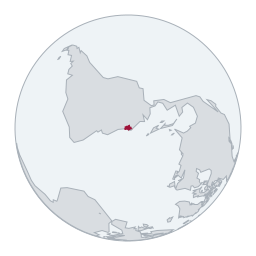 Delta Amacuro highlighted on a globe, orthographic projection, rotated 137°
{"feature_id": "VEN-65", "entity_name": "Delta Amacuro", "entity_type": "State", "adm_level": 1, "iso_a3": "VEN", "parent_name": "Venezuela", "parent_adm1": "", "projection": "orthographic", "projection_center": [-61.33, 8.902], "detail": "fine", "context": "on_globe", "style": "filled", "palette": "rose", "viewbox_px": 256, "rotation_deg": 137, "n_neighbors": 0, "source": "natural_earth", "source_scale": "10m", "svg_char_len": 10051}
<svg xmlns="http://www.w3.org/2000/svg" viewBox="0 0 256 256"><g transform="rotate(137 128 128)"><circle cx="128" cy="128" r="113" fill="#eef3f6" stroke="#a8b0b8"/><path d="M64.6,34.9L68.0,33.0L70.1,31.8L70.4,31.3L72.7,29.9L74.2,29.1L76.9,27.6L78.9,26.9L80.7,26.1L80.8,25.8L83.6,24.5L83.1,25.0L88.0,22.9L92.1,22.0L88.8,25.8L93.4,25.4L96.0,29.8L98.1,28.7L100.4,30.1L103.6,29.5L103.2,30.9L106.1,29.3L105.9,28.2L107.1,27.3L109.0,26.9L108.8,28.4L107.8,28.8L108.7,29.1L107.8,30.1L109.3,29.4L108.9,31.5L112.1,29.0L114.1,30.3L113.0,31.8L109.5,32.2L98.2,37.9L96.1,40.2L96.5,42.7L105.0,46.0L104.1,48.5L105.5,51.6L107.7,49.8L107.3,46.8L111.7,44.4L110.8,41.4L112.4,40.2L112.9,37.2L116.7,37.2L120.2,39.0L120.0,41.6L121.5,42.5L124.8,39.9L127.5,45.0L134.5,49.2L134.8,50.8L129.6,53.6L121.6,53.6L114.9,58.6L123.2,55.1L123.7,59.7L125.5,60.5L127.7,60.2L129.1,58.5L130.1,60.2L122.3,63.9L121.2,62.4L123.7,61.2L120.0,61.4L114.7,64.5L115.4,66.9L106.7,70.3L107.1,72.1L105.4,74.1L105.4,70.8L105.2,77.0L95.1,83.9L94.7,95.5L90.8,86.4L86.8,85.3L81.9,85.4L81.7,87.2L75.4,85.6L69.2,89.3L66.0,98.5L67.5,105.7L74.6,106.3L77.1,102.4L82.5,101.7L77.8,112.4L87.2,114.3L85.7,122.4L88.4,126.7L93.2,125.7L98.2,127.9L102.1,123.2L108.1,120.8L108.0,127.4L111.5,121.4L114.8,124.6L126.9,124.4L126.0,125.9L136.2,133.7L147.5,137.0L150.2,141.7L148.8,144.7L152.8,145.5L152.8,147.4L169.0,149.8L177.3,154.2L177.1,160.8L170.3,168.8L164.4,184.7L152.2,190.2L149.3,196.3L140.2,205.1L132.7,204.5L135.1,208.7L131.2,211.2L126.5,211.3L125.9,214.2L122.4,214.2L124.9,216.1L119.8,219.6L121.9,222.5L118.3,225.1L119.8,226.7L118.3,226.6L116.8,227.1L116.8,228.0L111.8,226.4L109.7,222.7L111.0,220.9L108.9,220.5L111.6,215.6L109.5,216.6L108.9,208.8L111.3,202.1L111.7,181.8L109.1,177.6L100.4,172.5L89.8,156.2L92.4,149.7L90.2,146.5L97.4,137.3L95.7,128.4L93.2,127.1L90.6,130.3L82.3,124.4L79.7,117.6L56.2,105.3L54.2,101.8L54.9,96.3L51.1,78.2L50.9,94.9L48.7,91.4L47.6,85.4L49.2,84.0L49.8,75.5L48.3,72.1L51.4,62.0L60.9,50.3L60.8,52.2L63.1,49.5L63.3,47.1L63.0,46.2L71.2,36.2L73.3,31.4L70.3,32.4L73.9,30.5L65.5,34.5L64.4,35.1L64.6,34.9ZM93.8,99.5L104.5,105.4L98.0,105.9L99.3,104.9L96.7,102.5L91.7,100.2L86.1,101.3L93.8,99.5ZM99.4,93.2L97.5,92.7L99.4,92.7L99.4,93.2ZM62.4,46.1L63.1,47.2L62.0,50.0L61.2,49.2L62.4,46.1ZM64.8,41.3L65.8,41.3L63.2,43.8L63.4,43.0L64.8,41.3ZM67.5,33.6L67.6,33.9L66.7,34.1L67.5,33.6ZM74.2,29.0L73.9,29.2L73.2,29.6L74.0,29.2L74.2,29.0ZM110.8,37.5L111.8,37.3L111.2,37.9L110.8,37.5ZM110.0,36.4L108.5,37.2L107.9,36.8L108.9,36.3L110.0,36.4ZM80.2,26.0L79.7,26.2L79.5,26.4L80.2,26.0ZM112.0,35.5L107.1,36.0L106.1,35.4L108.8,33.1L112.0,35.5ZM85.5,23.7L84.5,24.1L84.4,24.1L85.5,23.7ZM105.0,28.1L105.4,29.2L103.3,28.6L105.0,28.1ZM103.4,28.0L95.5,28.4L96.0,26.8L98.6,26.9L97.8,25.3L101.9,24.4L103.2,25.0L102.1,26.1L104.6,24.9L103.4,28.0ZM96.4,19.9L95.6,20.1L95.3,20.2L96.4,19.9ZM107.5,26.8L105.8,26.9L106.1,25.6L109.5,25.1L108.3,25.7L107.5,26.8ZM95.5,25.5L96.3,24.6L99.9,23.5L100.7,23.0L102.0,24.2L95.5,25.5ZM109.2,25.8L111.2,24.9L112.7,25.3L109.1,26.7L109.2,25.8ZM104.8,25.4L105.1,24.8L106.0,25.0L104.8,25.4ZM119.4,26.7L117.5,26.6L117.4,25.8L119.4,26.7ZM111.8,24.6L111.2,24.5L111.0,24.2L112.6,23.8L111.8,24.6ZM104.4,23.4L105.8,23.3L104.1,22.9L106.7,22.2L107.1,23.2L108.0,22.5L108.8,22.3L108.2,23.4L104.4,23.4ZM113.5,22.7L114.9,24.0L118.6,24.2L118.7,24.8L112.8,24.5L113.5,22.7ZM110.5,23.0L112.4,22.9L111.5,23.6L109.7,24.1L110.5,23.0ZM108.3,21.4L104.2,22.2L108.3,21.4ZM114.7,22.5L114.3,22.2L115.1,22.5L114.7,22.5ZM110.4,21.6L109.0,21.8L109.1,21.5L110.4,21.6ZM114.8,21.5L115.3,21.9L114.1,22.2L114.8,21.5ZM113.0,21.4L113.4,21.0L113.4,22.1L112.3,21.5L113.0,21.4ZM110.8,21.3L110.4,21.2L111.4,21.2L110.8,21.3ZM119.2,20.3L119.4,21.6L116.7,22.2L116.9,20.8L119.2,20.3ZM120.4,229.6L112.3,226.9L116.8,228.2L119.3,226.9L123.8,228.9L120.4,229.6ZM128.2,226.3L131.4,225.5L132.4,226.0L130.3,226.6L128.2,226.3ZM217.7,59.9L218.3,61.8L214.9,57.9L211.4,52.4L211.0,51.9L217.7,59.9ZM207.0,47.7L206.5,47.3L204.5,45.3L207.0,47.7ZM203.6,44.5L205.4,46.3L206.8,47.5L208.2,49.1L207.0,48.1L205.9,46.9L205.4,46.7L210.9,52.9L212.9,54.9L213.5,57.5L216.9,61.1L218.1,63.5L212.8,58.2L211.0,56.0L203.7,51.6L205.7,54.0L212.7,58.6L211.9,58.5L214.7,62.5L211.9,59.5L203.8,54.4L202.2,57.5L205.6,68.7L203.6,70.6L199.4,69.7L192.8,59.9L198.1,56.9L195.8,54.0L190.2,50.7L192.3,50.3L190.6,48.8L192.2,47.7L189.8,43.3L190.7,42.1L185.4,37.8L185.2,36.8L188.4,39.5L191.0,41.1L192.7,39.1L191.8,37.9L188.2,35.4L189.1,35.4L185.4,33.3L184.3,31.5L182.6,32.0L178.4,29.7L175.3,27.5L173.6,26.9L178.7,30.6L180.9,32.0L183.3,33.0L189.3,37.8L189.6,39.1L182.3,34.9L182.0,36.6L176.5,33.1L166.3,24.5L164.3,22.7L170.2,23.8L173.2,25.1L172.5,25.3L177.1,27.0L174.8,25.9L175.6,26.1L171.7,24.4L172.1,24.4L167.8,22.8L167.8,22.7L170.5,23.7L166.1,22.0L174.2,25.3L182.1,29.2L189.7,33.7L196.8,38.8L203.6,44.5ZM226.8,74.0L225.5,71.6L227.0,74.3L230.7,81.7L233.8,89.3L236.3,97.2L238.3,105.2L239.7,113.4L240.5,121.6L240.6,129.8L240.2,138.1L239.1,146.3L237.5,154.4L235.3,162.3L232.5,170.1L229.1,177.6L225.2,184.9L220.8,191.9L219.7,193.0L222.3,189.1L225.5,182.3L231.2,164.8L234.4,155.6L235.4,149.2L233.9,136.1L234.4,127.7L233.4,124.7L231.6,126.5L230.0,123.0L228.7,123.5L218.1,129.9L213.2,125.9L203.3,111.9L203.9,105.1L201.1,98.1L203.2,71.0L207.1,71.2L212.6,65.0L213.9,65.4L216.9,70.7L223.9,74.4L221.9,69.5L224.7,70.8L224.2,69.4L222.5,66.6L226.8,74.0ZM206.4,83.6L207.3,85.7L206.4,83.6ZM127.3,124.3L128.8,125.6L126.8,125.7L127.3,124.3ZM97.0,108.6L99.3,108.8L100.5,109.9L98.6,110.1L97.0,108.6ZM117.3,109.1L120.1,109.7L117.1,110.2L117.3,109.1ZM106.2,106.1L115.0,108.9L109.2,110.7L103.7,109.1L107.6,108.6L106.2,106.1ZM97.9,96.9L99.4,97.4L98.8,98.6L97.9,96.9ZM100.8,93.2L100.2,93.3L99.6,92.3L100.8,93.2ZM124.2,59.4L124.8,59.2L127.1,59.4L125.9,60.1L124.2,59.4ZM137.8,56.1L139.1,58.9L137.3,57.3L136.0,58.6L130.5,57.1L134.7,51.5L133.7,54.2L137.8,56.1ZM124.4,54.0L127.4,55.3L124.0,54.1L124.4,54.0ZM179.9,42.6L181.9,43.0L183.5,44.9L182.4,47.3L180.1,44.5L179.9,42.6ZM184.4,43.4L177.5,39.1L177.9,37.7L178.8,39.1L179.8,38.7L181.6,40.9L188.8,44.2L190.6,46.2L187.5,48.9L187.5,46.8L185.5,46.3L184.4,43.4ZM159.0,33.4L156.0,32.4L160.8,30.7L163.1,32.0L162.1,34.1L158.8,34.0L159.0,33.4ZM117.6,31.7L116.2,32.0L116.2,31.5L117.5,30.9L117.6,31.7ZM118.5,26.7L124.1,30.1L122.7,30.6L127.6,32.5L125.8,34.5L122.7,33.1L125.1,36.3L121.5,35.8L123.5,38.0L116.8,34.7L113.7,34.6L117.8,33.8L119.5,31.9L119.3,31.1L116.4,29.0L110.6,28.3L111.4,26.7L113.5,25.7L115.0,25.6L114.0,26.6L116.7,25.7L116.5,27.2L118.5,26.7ZM137.3,19.3L135.5,19.8L140.9,19.7L140.7,20.6L141.3,20.5L142.6,21.4L145.3,22.5L144.6,22.8L145.9,23.1L146.8,23.8L148.4,24.4L147.8,25.4L149.7,26.2L148.4,26.2L151.8,27.4L149.0,27.0L149.8,28.1L152.1,27.9L145.2,33.5L144.4,36.7L145.3,39.8L140.4,39.1L136.4,35.9L133.6,32.1L135.0,29.4L132.5,29.7L132.5,28.6L134.5,28.8L131.4,27.8L131.9,27.0L129.3,24.6L124.6,24.2L123.6,23.4L125.7,23.2L123.2,22.7L126.4,21.8L125.7,21.3L128.3,20.2L132.7,20.3L131.6,19.8L133.5,19.1L137.3,19.3ZM120.0,20.0L125.4,19.5L127.9,19.9L122.4,21.8L122.6,22.3L119.1,23.9L115.6,23.4L116.9,23.0L117.3,22.4L118.3,22.8L117.8,22.1L119.6,21.6L119.8,21.0L121.5,21.0L120.0,20.0ZM213.1,63.1L213.7,63.0L214.2,62.2L215.9,64.9L213.1,63.1ZM207.7,59.7L207.9,59.1L210.6,62.1L209.9,62.4L207.7,59.7ZM205.7,56.3L207.7,58.8L206.3,57.6L205.7,56.3ZM188.3,39.0L188.3,38.3L189.2,38.9L190.2,39.9L188.3,39.0ZM153.2,20.4L151.8,20.4L151.2,20.2L147.2,19.5L147.1,19.0L149.4,19.2L153.2,20.4ZM219.0,61.6L220.5,63.8L220.0,63.1L219.6,62.5L219.0,61.6ZM219.1,64.3L220.2,64.8L219.6,65.0L219.1,64.3ZM152.3,19.8L150.7,19.5L151.6,19.5L152.3,19.8ZM146.7,18.6L147.4,18.5L146.6,18.9L146.7,18.6ZM160.4,20.1L160.1,20.1L153.8,18.4L148.7,17.3L154.4,18.5L158.5,19.6L159.6,19.9L160.4,20.1ZM136.6,15.7L134.6,15.6L136.6,15.7ZM144.8,17.1L146.5,17.4L145.7,17.4L144.8,17.1Z" fill="#d9dde1" stroke="#a8b0b8" stroke-width="1"/><path d="M130.5,128.7L130.7,128.8L130.9,129.1L130.9,129.3L130.7,129.4L130.6,129.5L130.4,129.7L130.2,129.8L129.5,129.9L129.5,130.0L129.4,130.0L129.2,130.1L129.1,130.3L129.0,130.2L128.7,129.9L128.5,130.0L128.4,130.0L128.2,130.1L127.9,130.0L127.5,129.5L127.4,129.4L127.4,129.2L126.2,129.2L125.5,128.9L125.7,128.7L125.8,128.8L126.0,128.7L126.3,128.5L126.3,128.4L126.5,128.4L126.6,128.2L126.5,127.9L126.6,127.7L126.4,127.7L126.2,127.6L126.1,127.4L126.1,127.1L125.9,127.0L125.9,126.9L125.8,126.7L126.0,126.6L126.1,126.4L126.2,126.1L126.2,125.9L126.3,126.0L126.4,126.4L126.3,126.5L126.4,126.4L126.4,126.1L126.5,126.0L126.4,126.0L126.4,125.9L126.2,125.9L126.3,125.8L126.5,125.8L126.8,126.1L127.0,126.2L127.0,126.3L127.0,126.5L127.1,126.4L127.2,126.5L127.2,126.4L127.0,126.2L127.3,126.2L127.5,126.3L127.5,126.2L127.4,126.1L127.5,126.1L127.8,126.4L127.8,126.2L127.7,126.2L127.8,126.2L128.0,126.4L128.2,126.6L128.3,126.7L128.2,126.6L128.3,126.6L128.5,126.7L128.7,126.8L128.8,126.8L129.0,127.0L129.0,127.3L128.9,127.3L128.7,127.4L128.6,127.5L128.4,127.7L128.5,127.7L128.7,127.4L128.7,127.5L128.5,127.8L128.4,127.9L128.4,128.0L128.3,128.3L128.3,128.5L128.2,128.6L127.6,128.6L127.4,128.5L127.5,128.7L127.7,128.8L127.8,128.8L128.0,128.8L128.1,129.0L128.2,128.9L128.3,128.8L128.5,128.8L128.5,129.0L128.5,128.9L128.7,128.7L128.8,128.6L129.2,128.6L129.3,128.6L129.5,128.7L129.8,128.6L130.2,128.5L130.3,128.6L130.5,128.7L130.5,128.7ZM128.6,128.2L128.8,128.1L129.1,128.1L129.3,128.2L129.2,128.3L129.0,128.5L128.9,128.5L128.7,128.5L128.3,128.6L128.3,128.4L128.5,128.2L128.6,128.2ZM128.6,128.6L128.6,128.8L128.4,128.8L128.2,128.8L128.2,128.7L128.3,128.7L128.5,128.6L128.6,128.6ZM128.8,127.8L128.8,127.7L128.9,127.8L129.0,127.8L128.9,127.8L128.9,128.0L128.5,128.1L128.7,127.9L128.8,127.8L128.8,127.8ZM127.9,128.6L128.0,128.6L128.1,128.8L127.9,128.8L127.7,128.7L127.8,128.7L127.9,128.6ZM129.1,128.4L129.3,128.3L129.2,128.3L129.3,128.4L129.4,128.5L129.2,128.5L129.1,128.4ZM128.5,128.0L128.5,127.9L128.7,127.7L128.8,127.7L128.8,127.8L128.6,127.9L128.6,128.0L128.5,128.0ZM128.9,127.6L128.7,127.7L128.8,127.5L128.8,127.4L128.9,127.5L128.9,127.6ZM129.0,127.4L129.0,127.5L128.9,127.6L129.0,127.4L129.0,127.4ZM126.2,125.7L126.3,125.8L126.2,125.8L126.2,125.7Z" fill="#f43f5e" stroke="#9f1239" stroke-width="1.5"/></g></svg>